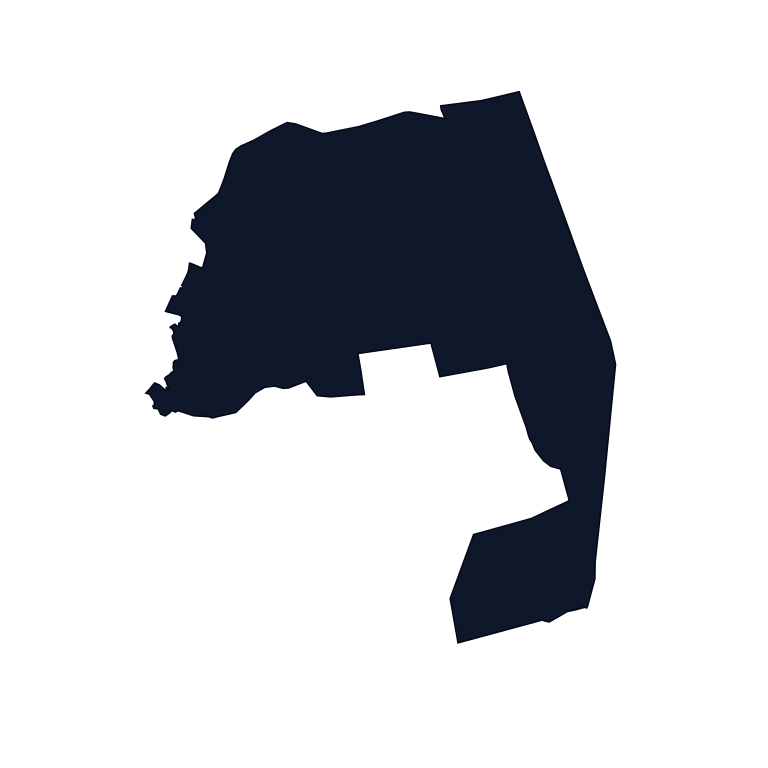 outline of Municipal Area Council, Federal Capital Territory, Nigeria, rotated 341°
{"feature_id": "59680162B38183120701356", "entity_name": "Municipal Area Council", "entity_type": "district", "adm_level": 2, "iso_a3": "NGA", "parent_name": "Nigeria", "parent_adm1": "Federal Capital Territory", "projection": "natural_earth1", "projection_center": [7.293, 8.887], "detail": "fine", "context": "isolated", "style": "filled", "palette": "ink", "viewbox_px": 768, "rotation_deg": 341, "n_neighbors": 0, "source": "geoboundaries", "source_scale": "gbopen_adm2", "svg_char_len": 2367}
<svg xmlns="http://www.w3.org/2000/svg" viewBox="0 0 768 768"><g transform="rotate(341 384 384)"><path d="M573.3,519.5L584.7,494.6L609.4,440.7L610.5,431.3L611.2,425.5L612.2,417.3L609.9,343.2L609.8,338.1L609.4,313.1L609.3,301.4L608.4,246.7L607.9,228.2L607.7,197.7L607.6,190.2L607.0,151.6L568.6,147.8L528.2,139.4L527.4,143.0L527.9,150.0L528.1,152.9L504.7,139.5L497.0,135.2L491.7,133.7L464.6,133.2L443.8,132.4L411.0,128.0L406.9,126.9L395.8,117.9L384.8,109.1L377.4,105.2L366.3,106.7L359.1,107.6L358.8,107.7L339.7,111.2L326.3,112.3L320.3,113.9L315.9,117.0L310.0,123.9L299.6,138.0L293.5,145.3L289.3,150.0L282.7,152.5L260.2,161.0L260.2,162.0L260.0,164.2L259.8,165.2L258.9,167.7L257.5,166.7L256.6,166.0L256.4,165.9L252.4,174.0L261.1,192.8L259.1,202.4L257.6,204.5L253.0,211.1L250.9,214.2L249.5,215.0L242.5,208.7L241.0,207.4L239.5,206.4L236.5,212.3L234.6,215.1L230.6,219.2L227.3,222.5L224.8,224.9L225.6,226.3L224.1,228.0L222.9,226.8L216.4,233.2L212.6,231.8L212.2,232.3L201.0,244.2L212.6,251.8L214.8,254.5L212.3,259.2L209.6,259.9L209.1,262.0L207.5,262.3L205.8,259.3L200.5,260.4L200.2,261.2L201.4,261.9L202.3,265.8L201.7,268.3L199.5,269.5L198.9,271.9L198.8,286.6L198.0,294.1L194.0,293.8L191.9,295.0L191.3,296.9L189.9,299.9L189.8,303.3L187.0,303.8L184.0,305.4L180.0,306.3L178.2,307.6L178.8,310.6L178.8,314.4L179.7,317.0L178.5,317.9L177.7,316.3L176.8,316.4L176.4,318.3L175.2,318.7L171.4,311.8L167.5,308.3L164.8,309.9L162.7,311.2L161.5,312.0L160.2,312.8L156.5,314.7L155.8,315.1L157.3,316.1L159.0,317.4L161.2,326.2L160.0,328.7L158.3,329.6L158.4,332.0L162.4,334.1L163.0,339.8L164.6,341.2L166.7,343.0L171.3,341.8L174.8,340.1L177.7,342.7L180.6,342.2L193.5,352.0L207.5,357.8L210.5,360.2L216.9,360.8L234.5,362.7L249.9,355.6L259.3,350.4L270.3,348.3L275.3,349.4L280.0,350.4L287.0,355.2L292.5,356.7L297.6,356.5L311.3,356.0L317.0,373.3L329.5,378.9L355.5,385.6L362.1,387.6L366.8,362.0L369.2,346.7L441.7,360.5L439.2,395.3L489.5,402.9L506.8,404.7L505.6,412.4L503.9,437.9L504.4,471.5L503.9,479.0L503.9,483.7L504.7,486.6L504.9,487.1L505.4,495.8L509.9,508.6L514.8,516.1L523.3,521.9L521.2,554.6L479.4,559.1L419.7,555.5L376.7,608.4L369.7,652.9L458.0,658.8L458.0,659.9L462.5,662.8L471.9,661.1L477.0,660.1L483.4,658.8L491.4,659.9L500.9,660.5L502.8,661.8L504.3,660.2L509.6,652.3L517.4,640.7L520.0,636.9L525.6,621.3L562.4,543.3L573.3,519.5Z" fill="#0f172a" stroke="#020617" stroke-width="1.5"/></g></svg>